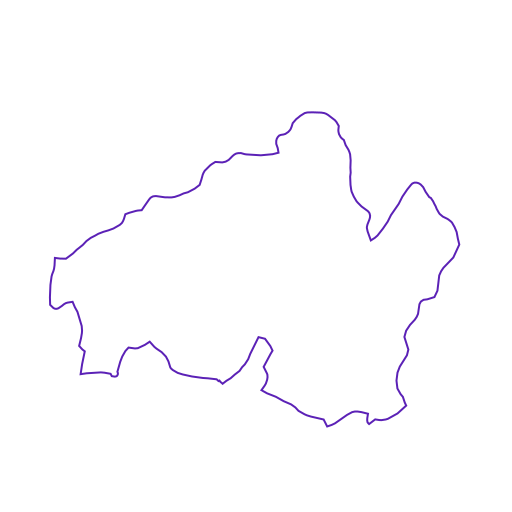 an SVG outline of Bulgan, rotated 103°
{"feature_id": "MNG-3323", "entity_name": "Bulgan", "entity_type": "Province", "adm_level": 1, "iso_a3": "MNG", "parent_name": "Mongolia", "parent_adm1": "", "projection": "robinson", "projection_center": [103.32, 48.825], "detail": "fine", "context": "isolated", "style": "outline", "palette": "violet", "viewbox_px": 512, "rotation_deg": 103, "n_neighbors": 0, "source": "natural_earth", "source_scale": "10m", "svg_char_len": 3669}
<svg xmlns="http://www.w3.org/2000/svg" viewBox="0 0 512 512"><g transform="rotate(103 256 256)"><path d="M199.2,60.5L213.1,63.4L225.3,70.7L229.2,72.2L233.7,73.1L249.0,71.4L255.9,72.9L259.7,79.4L261.0,82.9L263.3,85.1L266.2,85.9L276.0,85.1L279.1,85.7L282.5,87.0L288.4,90.4L295.0,92.9L301.5,93.2L312.9,86.5L318.8,86.6L331.4,91.0L337.8,91.9L345.8,91.1L353.3,88.4L358.1,84.0L360.2,81.2L365.3,78.1L368.0,76.0L377.6,82.7L385.0,90.9L386.1,92.8L387.7,96.8L388.1,98.9L388.4,103.1L394.3,108.0L393.7,109.0L392.8,110.0L391.1,110.7L389.0,111.1L384.5,111.4L384.4,118.2L384.7,122.1L385.3,124.7L386.5,127.2L390.3,131.5L401.3,141.4L403.6,144.3L406.1,148.3L400.1,153.3L400.1,166.3L399.8,170.5L399.3,173.1L397.3,179.8L394.7,183.6L392.7,188.4L391.2,196.5L388.7,205.0L387.3,214.4L385.5,220.5L380.6,218.5L378.1,217.7L374.1,217.3L371.5,217.5L369.1,218.2L368.1,218.8L362.3,223.6L348.2,219.8L344.5,218.6L340.5,221.8L334.6,228.6L334.5,235.3L352.7,239.6L358.3,240.4L364.1,242.5L367.4,244.5L371.7,246.2L376.3,250.0L380.8,253.2L384.2,256.7L388.0,259.8L387.5,260.6L386.7,262.3L385.6,263.6L386.3,264.4L385.0,266.6L386.0,275.4L386.8,280.3L387.8,291.3L387.9,300.8L387.5,306.0L385.8,311.5L384.7,313.5L383.9,314.4L378.4,317.6L374.3,321.1L370.9,326.3L368.6,332.2L367.4,334.6L363.4,340.3L367.6,344.3L372.4,350.4L373.3,353.1L373.9,359.6L378.0,361.9L384.0,363.7L389.6,364.5L400.0,365.0L400.8,364.4L402.0,364.0L403.4,364.2L404.1,364.5L404.7,365.1L405.3,366.4L405.5,369.5L403.5,371.2L403.8,377.4L404.3,381.0L408.4,394.7L410.6,400.3L400.4,401.1L387.4,401.4L386.1,404.2L383.4,408.1L375.4,408.0L370.3,408.3L367.8,408.7L363.4,410.1L350.6,417.4L346.6,421.0L341.9,424.4L343.8,429.1L344.7,430.7L346.1,432.2L348.3,433.9L351.4,436.8L352.3,438.3L352.6,439.9L352.3,441.6L349.9,445.6L342.6,447.5L330.4,449.8L321.9,450.6L319.6,450.5L316.2,450.0L313.9,449.9L310.4,450.2L303.1,451.5L302.6,446.4L301.4,440.6L294.7,434.9L290.4,432.2L284.1,427.2L279.6,424.6L275.5,421.1L272.3,417.3L269.8,414.6L266.7,410.0L264.3,405.7L261.3,401.1L256.3,395.7L254.0,394.1L251.9,393.4L249.4,393.0L244.7,392.7L242.4,389.2L239.1,383.2L238.3,381.4L237.1,377.7L231.5,375.5L224.8,372.8L222.9,371.8L221.3,370.1L220.8,369.1L220.1,367.0L219.3,357.8L217.9,351.5L216.7,348.5L214.0,344.1L211.3,340.6L209.2,336.7L204.2,330.9L199.4,326.9L193.6,326.4L188.8,326.2L186.6,325.8L184.4,325.1L177.9,321.0L176.4,319.7L173.5,316.8L172.4,309.9L170.9,306.8L168.5,304.2L163.8,301.3L162.0,299.9L160.6,298.3L159.8,296.5L159.1,293.8L159.3,290.2L159.2,288.4L156.8,274.0L153.1,262.8L150.3,257.3L146.0,259.1L142.2,261.5L139.2,262.2L137.0,262.1L135.1,261.5L133.4,260.5L132.4,259.0L131.4,256.5L130.4,254.8L127.8,252.4L125.6,251.2L124.5,250.8L122.1,250.4L118.3,250.1L113.6,247.6L111.5,245.9L109.4,244.3L105.8,240.7L104.6,238.3L103.4,233.7L103.2,232.8L101.6,224.7L101.4,221.6L101.7,219.5L102.4,217.4L105.9,209.7L107.4,207.7L110.7,204.6L114.8,204.1L116.4,203.6L118.6,202.5L121.3,200.1L122.4,198.3L123.2,196.5L127.8,193.6L131.6,189.9L133.5,188.5L135.7,187.2L141.5,185.3L148.7,183.9L153.5,182.5L157.5,182.1L165.5,179.9L169.9,178.2L171.8,177.3L176.1,174.1L180.0,170.4L181.1,168.9L184.0,164.3L187.1,157.1L188.2,155.6L189.0,154.9L191.0,153.9L193.0,153.6L194.9,153.7L200.3,154.5L202.5,154.5L203.7,154.3L206.9,152.8L215.0,147.6L211.6,144.3L208.7,142.2L200.8,138.5L192.9,135.4L185.8,133.7L173.2,128.7L165.2,126.7L157.2,123.6L151.8,121.0L150.2,120.0L149.3,118.8L148.8,117.9L148.4,115.9L148.5,113.9L149.3,111.6L151.3,108.6L155.3,105.2L159.7,100.4L160.1,98.7L162.8,95.8L165.3,93.8L167.2,92.1L169.4,90.6L172.7,87.6L173.7,86.5L175.6,82.8L176.8,77.7L177.4,76.2L178.6,73.7L179.4,72.5L183.2,69.0L187.5,65.9L193.7,63.2L199.1,60.5L199.2,60.5Z" fill="none" stroke="#5b21b6" stroke-width="2"/></g></svg>